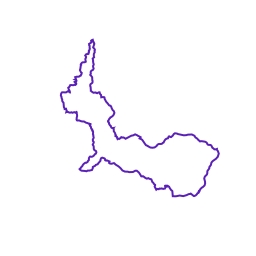 Petrosani, Hunedoara, Romania, rotated 327°
{"feature_id": "2599482B39314069037864", "entity_name": "Petrosani", "entity_type": "district", "adm_level": 2, "iso_a3": "ROU", "parent_name": "Romania", "parent_adm1": "Hunedoara", "projection": "orthographic", "projection_center": [23.402, 45.443], "detail": "fine", "context": "isolated", "style": "outline", "palette": "violet", "viewbox_px": 256, "rotation_deg": 327, "n_neighbors": 0, "source": "geoboundaries", "source_scale": "gbopen_adm2", "svg_char_len": 5808}
<svg xmlns="http://www.w3.org/2000/svg" viewBox="0 0 256 256"><g transform="rotate(327 128 128)"><path d="M186.6,201.2L187.5,201.1L190.2,198.9L190.8,196.4L190.7,194.3L191.0,194.0L189.9,193.7L188.8,192.9L188.5,191.6L188.0,190.4L188.3,188.7L188.2,187.7L188.0,187.2L186.1,185.8L185.8,184.9L186.0,183.3L185.9,182.8L185.2,181.5L183.0,179.5L181.7,178.6L181.1,178.5L180.4,175.9L180.3,174.7L179.4,172.5L179.5,170.7L178.0,168.2L174.6,166.2L172.9,165.7L170.8,164.5L166.6,160.3L166.1,159.4L164.5,158.0L163.1,158.0L161.4,158.8L159.2,159.1L158.8,158.8L158.1,157.5L157.5,157.3L155.9,158.4L155.3,158.1L153.4,157.9L151.9,158.4L149.9,159.6L149.1,159.4L148.3,159.7L147.0,159.4L145.7,158.5L144.8,158.1L143.6,158.1L142.0,158.7L139.8,158.8L137.8,157.9L136.2,156.6L135.5,155.5L135.1,154.4L134.7,154.0L134.5,153.3L133.7,152.2L133.6,150.6L133.5,145.8L133.2,144.9L132.1,143.2L133.3,142.9L133.6,142.6L131.9,139.6L131.7,139.0L130.5,137.2L128.3,137.0L126.7,136.3L120.1,135.7L119.5,134.2L119.1,133.5L118.4,133.2L117.4,132.0L116.5,132.4L114.8,132.4L114.6,131.9L113.2,131.7L113.5,130.1L113.9,129.3L113.1,128.1L113.9,127.5L113.6,127.0L114.3,125.6L114.4,124.4L114.3,123.0L115.6,120.9L115.3,120.2L114.5,120.1L115.5,119.9L114.8,119.6L114.3,118.7L114.4,117.6L114.6,117.3L114.7,116.9L114.3,116.0L114.4,115.5L114.3,115.0L114.5,114.7L114.4,114.0L114.9,113.4L115.0,112.6L114.7,112.2L114.8,111.6L115.1,111.2L115.6,111.1L117.5,110.0L118.4,109.9L119.1,109.5L119.7,109.7L121.6,109.6L123.4,109.0L123.7,108.6L124.5,108.2L124.9,107.8L125.2,106.4L125.3,106.0L124.9,104.7L125.1,102.5L125.5,101.1L125.5,99.8L124.9,99.3L124.5,98.7L124.3,95.6L124.0,94.9L124.1,94.2L124.0,93.6L124.2,92.0L124.2,91.1L124.9,89.5L124.8,89.2L123.7,88.3L122.3,87.7L123.4,85.6L123.1,84.2L123.6,82.6L122.7,82.1L121.2,82.1L120.5,81.4L120.4,80.8L120.1,80.5L118.2,79.6L117.4,77.7L117.2,77.2L117.3,76.5L117.2,76.4L117.3,76.3L119.0,73.2L119.2,72.2L119.9,71.2L120.6,70.8L122.6,70.7L123.2,70.3L124.0,69.1L124.0,68.6L125.6,65.9L125.5,63.9L125.2,63.1L125.4,62.7L126.4,62.2L127.1,60.8L127.7,60.3L128.8,60.0L130.1,60.2L131.5,59.5L131.7,59.0L131.9,58.1L132.4,57.0L133.7,56.2L134.0,55.8L134.3,54.5L134.9,53.4L135.0,53.0L135.5,52.4L136.2,50.5L138.1,50.2L138.3,49.4L139.3,47.8L139.8,47.2L141.4,46.3L142.0,44.9L142.8,44.5L143.0,43.2L142.6,41.5L142.7,41.3L144.5,40.0L145.0,39.5L145.5,39.2L145.5,38.8L145.8,38.5L146.1,35.9L146.5,34.8L145.5,34.6L144.6,34.7L143.9,36.3L141.1,36.3L140.9,36.9L140.5,37.4L140.6,38.1L139.2,40.3L139.2,40.7L138.2,41.6L137.4,41.7L137.2,42.2L136.8,42.5L136.7,43.0L136.1,43.2L136.1,43.5L135.2,44.3L134.7,44.2L133.8,43.6L133.0,43.4L131.6,43.9L131.6,45.5L131.0,46.2L130.1,46.6L129.6,47.2L128.7,49.4L127.6,49.3L125.6,48.2L124.7,48.2L123.2,48.8L122.9,49.1L123.0,49.6L122.6,49.7L120.1,52.6L119.8,52.7L119.2,53.3L118.9,55.7L119.2,56.6L118.3,57.5L117.5,57.8L117.0,58.3L116.2,58.1L115.4,58.3L114.0,57.8L113.1,57.1L111.4,56.6L111.2,58.0L111.0,58.3L110.9,58.6L110.1,58.5L110.8,59.3L110.5,60.4L110.3,60.5L110.1,60.3L108.9,61.0L108.5,60.3L108.4,60.3L108.6,60.9L108.4,61.0L108.4,61.3L108.9,62.1L108.7,62.8L108.2,63.1L107.4,62.9L107.2,63.1L106.7,62.7L105.4,62.3L103.6,60.9L102.8,60.6L102.4,61.0L101.9,61.1L101.1,61.6L99.8,61.7L99.4,63.1L99.3,64.7L98.9,66.2L98.7,66.5L98.4,66.2L98.3,64.9L97.6,64.4L95.4,64.4L92.2,62.2L91.7,62.2L90.6,62.8L89.5,64.0L89.3,64.4L89.3,65.3L88.6,66.8L88.3,68.4L87.6,69.4L87.5,70.3L87.7,71.6L87.5,72.0L85.6,75.6L85.5,77.0L85.2,77.6L86.5,78.1L86.0,79.7L86.1,80.0L84.9,81.1L85.5,81.2L86.7,82.2L87.0,82.9L87.4,83.3L88.0,83.7L89.1,84.0L89.6,84.9L91.6,85.5L92.3,86.6L93.5,86.4L93.6,86.6L93.5,87.0L93.0,87.5L92.7,88.6L91.9,90.2L90.5,91.5L90.0,92.3L89.6,92.6L89.3,93.7L89.7,94.2L91.1,95.0L92.3,96.7L93.1,97.5L94.6,98.5L95.7,100.7L96.9,102.0L97.2,102.7L97.9,103.2L98.0,103.6L98.7,104.2L98.3,104.8L97.5,104.7L97.3,105.6L97.5,106.9L96.8,108.5L97.2,109.6L96.5,110.7L96.6,111.1L96.9,111.2L96.7,112.0L96.4,112.6L95.2,114.1L95.1,115.1L94.6,115.6L94.1,117.2L93.5,117.8L92.3,118.4L91.5,119.8L91.7,120.8L91.3,121.6L89.3,122.8L89.3,124.4L89.0,125.1L87.9,126.9L87.8,128.3L88.6,129.9L88.3,131.1L87.1,132.0L86.3,131.9L84.0,132.6L82.6,132.6L81.6,132.2L80.7,131.3L79.7,131.5L78.8,132.0L77.7,133.6L76.6,133.8L75.5,134.5L73.9,134.4L73.4,133.9L72.8,133.9L71.2,134.0L69.6,134.6L68.9,135.1L66.9,135.5L66.4,135.9L65.0,136.1L65.1,137.0L65.7,138.4L68.5,140.6L69.7,141.7L71.1,141.8L72.2,142.6L74.9,143.6L76.5,142.6L77.3,141.5L79.8,141.8L80.9,141.4L82.8,141.9L83.6,141.5L87.0,140.5L87.9,139.4L89.0,138.7L90.2,138.8L91.8,140.8L91.8,141.6L91.3,142.6L91.9,143.5L92.6,143.6L94.3,146.0L93.1,146.9L93.6,148.1L94.7,149.0L97.1,149.8L97.4,150.4L97.5,151.3L97.8,152.2L99.0,154.7L99.3,155.5L99.9,157.8L100.2,160.6L101.7,162.9L104.0,164.5L105.0,165.7L108.2,167.6L110.8,167.8L112.1,168.6L112.9,171.3L112.9,174.3L112.8,175.7L113.4,176.3L113.8,176.3L114.4,176.7L115.1,178.4L115.3,179.3L115.6,179.6L115.9,180.4L116.3,180.8L117.7,181.1L118.2,182.1L118.8,182.9L119.3,183.3L119.6,183.9L119.0,186.5L119.4,187.7L119.3,188.4L119.3,189.1L119.8,190.4L119.4,191.0L118.6,191.4L118.4,191.8L118.1,195.1L119.2,194.9L119.6,195.4L120.2,195.6L120.5,196.1L121.6,196.0L122.5,196.8L123.3,197.0L124.4,198.3L125.5,198.6L125.9,198.9L127.2,198.2L127.9,198.1L127.4,196.9L127.5,196.7L127.9,196.7L128.3,197.3L129.3,197.5L129.8,198.1L129.6,198.8L130.2,199.1L130.5,199.7L130.3,200.8L130.4,203.6L130.8,204.6L130.8,205.1L128.4,209.6L131.1,211.4L134.6,212.8L137.2,215.2L140.5,216.2L142.8,216.5L144.3,217.2L144.9,217.2L146.1,220.9L146.3,221.1L148.0,221.4L149.7,221.1L150.5,220.6L151.8,220.8L152.6,220.4L152.2,220.1L153.3,219.3L154.2,219.4L155.3,218.7L157.5,218.2L158.5,218.3L160.9,217.9L162.6,216.4L162.9,215.7L163.3,215.2L164.4,211.9L165.6,210.9L166.0,210.6L168.8,210.0L170.0,209.0L170.5,208.1L171.2,207.3L174.1,206.2L174.9,205.1L177.3,204.2L179.2,202.4L180.9,201.9L185.4,201.7L186.6,201.2Z" fill="none" stroke="#5b21b6" stroke-width="2"/></g></svg>